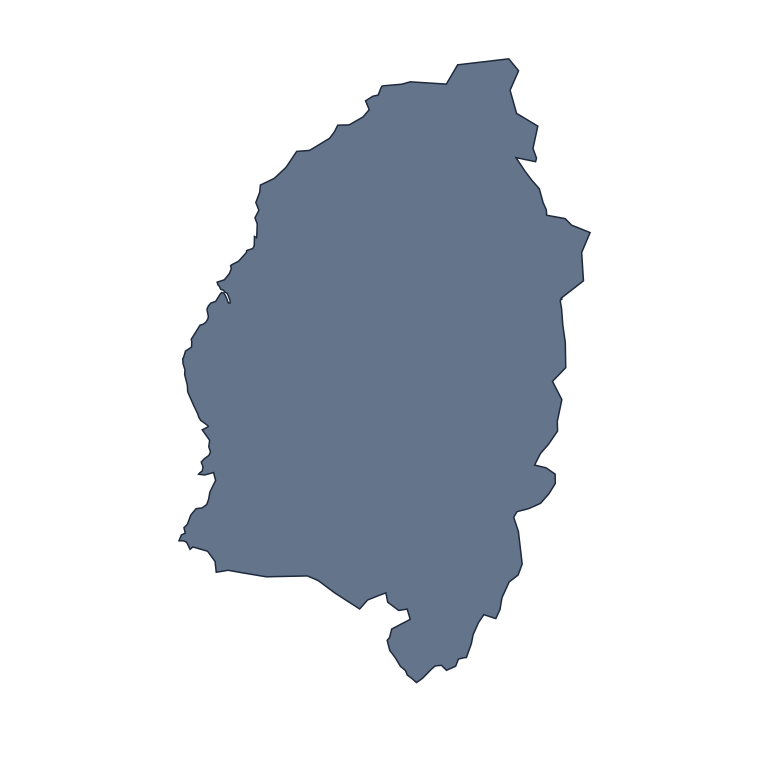 Arminou, Paphos, Cyprus (orthographic projection), rotated 349°
{"feature_id": "46923920B96831730642133", "entity_name": "Arminou", "entity_type": "district", "adm_level": 2, "iso_a3": "CYP", "parent_name": "Cyprus", "parent_adm1": "Paphos", "projection": "orthographic", "projection_center": [32.715, 34.867], "detail": "fine", "context": "isolated", "style": "filled", "palette": "slate", "viewbox_px": 768, "rotation_deg": 349, "n_neighbors": 0, "source": "geoboundaries", "source_scale": "gbopen_adm2", "svg_char_len": 2706}
<svg xmlns="http://www.w3.org/2000/svg" viewBox="0 0 768 768"><g transform="rotate(349 384 384)"><path d="M162.1,509.3L165.3,507.5L178.9,514.5L184.3,526.0L183.4,536.8L195.4,537.1L209.4,542.5L231.6,550.8L250.3,554.0L272.2,557.8L282.0,564.5L295.6,579.5L303.5,587.1L317.2,600.2L326.7,592.9L338.8,590.6L346.0,589.4L346.0,598.9L355.2,609.1L363.8,609.4L364.8,620.0L344.8,626.0L341.0,634.0L338.2,636.2L338.8,646.6L342.8,654.8L346.3,664.4L350.4,669.4L351.4,674.3L355.2,678.4L358.9,683.3L365.6,680.3L375.7,673.3L380.4,670.5L386.7,671.1L390.7,677.0L400.5,674.7L404.6,668.2L410.6,668.0L412.7,668.2L420.2,655.6L423.6,647.2L431.1,636.4L438.0,629.5L449.0,635.6L453.8,629.0L454.7,627.8L459.1,616.2L469.1,602.2L479.2,597.1L485.3,587.1L487.8,554.4L485.9,539.6L490.2,534.7L502.4,533.9L514.9,531.0L524.9,523.3L533.2,514.3L534.8,505.1L527.1,497.2L516.4,492.3L524.3,482.1L533.6,474.9L545.4,463.3L547.0,453.7L555.6,433.3L549.9,413.5L565.5,402.7L569.9,377.8L570.8,360.0L572.7,343.8L572.9,335.6L574.9,334.5L574.2,333.6L599.5,320.8L603.1,292.7L615.2,274.7L598.5,263.9L593.4,256.2L575.9,249.4L576.6,244.1L574.8,236.3L573.7,222.0L568.0,212.2L563.0,202.0L556.8,187.0L575.2,194.7L576.8,191.4L575.2,181.2L584.2,160.2L565.8,143.7L563.8,119.7L575.9,102.2L568.5,88.6L517.2,84.7L502.4,101.5L467.5,92.4L458.5,93.1L440.7,91.2L438.8,91.3L437.2,93.2L433.5,99.2L427.9,99.4L419.9,102.5L420.7,106.3L421.8,111.9L414.4,117.8L399.2,123.0L388.0,121.1L383.5,126.9L377.5,132.4L355.5,140.5L342.7,139.0L329.2,152.6L317.6,159.9L315.5,161.2L300.6,165.1L298.6,172.0L292.8,181.4L294.3,189.6L289.0,196.3L290.1,202.6L287.9,212.1L286.8,216.1L285.0,214.5L283.0,223.4L281.0,226.0L276.6,226.5L274.6,226.8L274.1,228.6L264.7,235.7L257.1,237.9L255.9,238.8L256.2,241.5L253.3,246.1L247.2,251.2L239.6,252.2L240.0,255.3L241.1,256.8L241.7,259.8L244.4,261.4L245.2,263.4L247.5,265.1L248.3,269.5L248.8,272.5L248.6,274.9L247.2,275.2L246.5,273.9L245.9,270.2L245.0,266.3L243.9,264.1L242.1,263.2L240.6,264.2L234.5,270.8L229.5,271.5L226.8,273.6L225.7,275.0L224.6,276.6L224.4,278.0L224.5,284.2L223.4,286.6L221.0,289.3L218.1,290.8L214.7,291.1L203.3,303.3L203.4,305.6L202.1,311.1L195.5,313.7L192.2,319.8L191.3,320.6L190.6,325.7L191.3,332.0L190.1,336.8L190.7,347.2L190.4,350.0L189.8,354.2L192.9,368.0L195.5,377.8L195.8,381.1L197.1,384.7L202.6,390.6L203.4,391.7L202.8,392.6L196.8,394.3L202.1,406.0L200.0,412.2L200.2,413.8L200.7,417.5L198.5,420.7L193.6,422.9L189.7,425.7L190.5,430.9L189.0,434.7L186.3,436.0L184.8,437.2L190.5,439.1L199.8,438.4L200.3,446.5L192.4,456.9L189.9,463.6L186.9,468.5L181.8,470.9L175.8,470.5L169.4,475.7L164.2,484.2L160.2,486.9L160.4,492.6L156.4,493.4L152.8,498.8L157.3,499.7L160.1,501.8L162.1,509.3Z" fill="#64748b" stroke="#1e293b" stroke-width="1.5"/></g></svg>